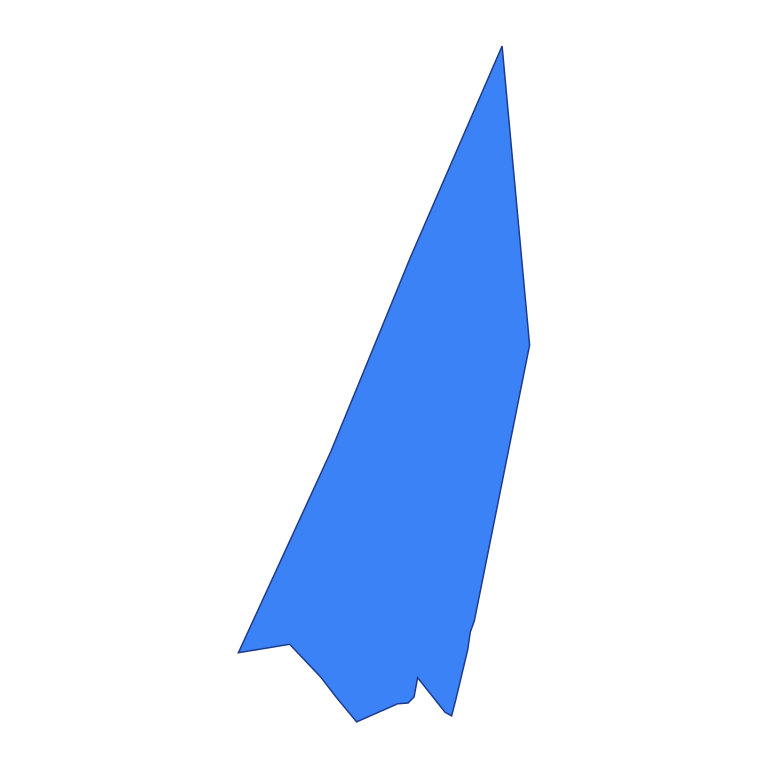 Oualata, Hodh ech Chargui, Mauritania
{"feature_id": "47542326B56395627841614", "entity_name": "Oualata", "entity_type": "district", "adm_level": 2, "iso_a3": "MRT", "parent_name": "Mauritania", "parent_adm1": "Hodh ech Chargui", "projection": "robinson", "projection_center": [-7.469, 19.742], "detail": "fine", "context": "isolated", "style": "filled", "palette": "blue", "viewbox_px": 768, "rotation_deg": 0, "n_neighbors": 0, "source": "geoboundaries", "source_scale": "gbopen_adm2", "svg_char_len": 431}
<svg xmlns="http://www.w3.org/2000/svg" viewBox="0 0 768 768"><path d="M358.7,383.7L330.6,452.1L238.4,652.7L243.3,651.9L289.7,644.3L320.8,677.2L336.2,697.2L356.6,721.9L378.3,712.3L397.6,703.8L408.1,703.0L414.1,696.9L417.6,677.7L445.1,712.3L451.6,715.9L455.8,699.6L467.7,649.8L468.1,647.0L470.3,632.0L474.3,621.0L529.6,345.1L502.1,46.1L410.0,258.3L401.8,278.4L358.7,383.7Z" fill="#3b82f6" stroke="#1e3a8a" stroke-width="1.5"/></svg>